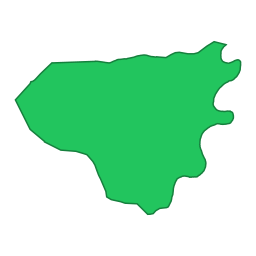 the district of Agard Lands, Castries, Saint Lucia
{"feature_id": "8701671B38809130706709", "entity_name": "Agard Lands", "entity_type": "district", "adm_level": 2, "iso_a3": "LCA", "parent_name": "Saint Lucia", "parent_adm1": "Castries", "projection": "robinson", "projection_center": [-60.962, 14.007], "detail": "fine", "context": "isolated", "style": "filled", "palette": "green", "viewbox_px": 256, "rotation_deg": 0, "n_neighbors": 0, "source": "geoboundaries", "source_scale": "gbopen_adm2", "svg_char_len": 5565}
<svg xmlns="http://www.w3.org/2000/svg" viewBox="0 0 256 256"><path d="M215.0,124.7L215.7,124.3L215.9,124.2L216.1,124.1L217.0,123.7L217.7,123.7L218.8,123.8L219.3,123.8L220.0,124.0L220.8,124.2L221.0,124.2L222.2,124.3L222.8,124.3L223.4,124.3L224.3,124.2L224.8,124.2L225.8,124.1L226.5,124.0L227.2,123.8L228.3,123.6L229.0,123.6L229.3,123.4L229.7,123.3L230.3,123.0L230.7,122.7L231.0,122.2L231.4,121.7L231.7,121.2L232.1,120.7L232.7,119.9L232.7,119.5L233.0,119.0L233.2,118.7L233.4,117.9L233.4,117.1L233.4,116.1L233.4,115.7L233.2,115.0L233.1,114.2L232.9,113.6L232.6,112.8L232.2,112.3L231.0,111.7L230.2,111.5L230.1,111.1L229.0,111.2L227.8,111.1L227.1,111.1L226.3,111.3L225.6,111.4L224.6,111.5L223.9,111.5L223.7,111.5L223.4,111.4L222.6,111.3L221.9,111.3L221.3,111.4L220.6,111.2L220.3,111.2L219.6,111.0L218.9,110.8L218.4,110.7L218.0,110.5L217.5,110.3L216.8,109.9L216.3,109.5L216.0,109.2L215.7,108.8L215.4,108.4L215.0,107.9L214.7,107.6L214.3,106.9L213.8,106.5L213.6,105.9L213.4,105.3L213.1,104.2L213.2,102.8L213.3,102.5L213.6,101.6L213.6,100.7L213.7,99.6L213.7,99.0L213.7,98.3L213.9,98.1L214.2,97.3L214.5,96.5L214.8,96.0L215.2,94.7L215.6,94.0L216.0,93.3L216.3,92.9L216.8,92.1L217.2,91.3L217.5,90.9L217.8,90.6L218.3,89.7L218.6,89.3L219.0,88.9L219.5,88.2L220.0,87.6L220.3,87.4L220.9,86.9L221.5,86.4L222.4,85.4L223.0,84.9L223.9,84.1L224.4,83.7L225.0,83.3L225.9,82.8L226.4,82.5L226.8,82.3L227.7,82.0L228.7,81.2L228.9,81.0L229.9,80.7L230.8,80.7L231.3,80.6L232.0,80.3L232.7,79.9L233.5,79.5L234.0,79.0L234.5,78.6L235.1,77.8L235.8,77.3L236.2,77.0L236.8,76.4L237.4,75.4L238.0,74.5L238.3,73.9L238.7,73.3L239.0,72.8L239.2,72.4L239.4,71.7L239.7,71.0L240.1,70.0L240.2,69.2L240.2,68.8L240.3,67.5L240.4,66.4L240.6,65.2L240.6,64.6L240.6,63.7L240.5,63.3L240.6,62.9L240.6,62.4L240.5,61.7L240.4,61.5L240.2,61.2L239.8,60.8L239.4,60.4L238.7,60.0L238.0,59.8L237.3,59.9L237.1,59.9L236.5,60.1L236.3,60.1L235.8,60.3L235.2,60.5L234.6,60.7L234.1,61.0L233.7,61.3L233.3,61.5L232.9,61.7L232.7,61.8L232.4,61.9L231.9,62.1L231.5,62.3L231.2,62.4L230.7,62.6L230.1,62.7L229.7,62.9L229.4,63.1L229.0,63.2L228.8,63.2L228.3,63.2L228.1,63.2L227.7,63.1L226.8,62.9L226.4,62.9L226.2,62.8L225.8,62.7L225.3,62.6L224.4,62.3L224.0,62.0L223.7,61.9L223.3,61.8L223.0,61.5L222.8,61.4L222.4,61.1L222.0,60.4L221.4,59.4L221.0,58.3L220.9,57.3L220.9,56.2L220.8,55.6L220.8,54.8L220.9,53.9L221.0,53.3L221.0,53.0L220.9,52.6L221.0,52.0L221.0,51.4L221.1,51.1L221.2,50.6L221.7,49.8L222.1,49.0L222.8,48.1L223.3,47.4L223.8,46.6L224.4,46.2L224.7,45.9L225.1,45.6L225.6,45.3L226.1,44.7L214.1,41.7L206.8,46.2L198.2,52.7L193.9,53.8L187.9,53.8L179.3,52.3L175.3,52.7L174.6,53.0L171.3,54.5L166.0,57.6L159.4,57.1L156.4,56.8L156.2,56.9L155.9,57.1L155.0,57.0L153.8,56.8L152.9,56.7L151.8,56.6L151.5,56.6L150.9,56.5L149.4,56.1L149.1,56.0L148.6,55.9L146.8,55.3L145.4,55.1L145.0,55.1L144.5,55.0L143.7,55.0L142.2,55.2L141.5,55.3L140.5,55.4L139.7,55.6L138.3,55.8L137.3,56.0L136.3,56.3L135.5,56.6L134.2,57.1L131.5,57.7L129.1,58.2L127.4,58.5L126.5,58.9L126.1,59.0L125.0,58.8L123.9,58.9L123.1,59.0L121.9,59.2L120.9,59.3L120.1,59.4L119.2,59.4L118.2,59.5L117.7,59.6L117.0,59.8L116.3,60.2L115.7,60.5L113.9,61.1L112.1,61.9L111.8,62.1L111.1,62.4L109.7,62.9L108.9,62.9L108.3,62.9L107.8,62.8L107.1,62.7L105.5,62.5L105.3,62.5L104.8,62.4L103.9,62.2L102.9,62.1L102.5,62.0L101.6,61.9L100.7,61.8L99.7,61.6L98.8,61.5L97.3,61.3L96.3,61.3L95.6,61.2L95.4,61.2L95.3,61.4L53.2,62.9L51.9,62.9L47.3,67.3L40.6,73.7L36.2,78.5L35.7,79.0L34.5,80.2L32.6,81.4L30.9,81.7L30.1,83.7L15.4,99.9L30.1,129.3L31.1,130.2L44.5,141.4L44.5,141.9L60.8,150.1L76.0,151.3L83.0,153.4L86.8,154.6L88.3,156.2L92.9,161.5L95.0,165.2L96.7,170.0L98.5,174.8L99.5,176.9L100.6,179.0L105.9,191.4L106.7,196.9L111.2,199.6L113.8,200.2L120.7,201.7L123.9,202.8L125.2,203.2L137.1,203.8L144.2,210.8L147.7,214.3L150.2,214.2L153.2,213.6L155.8,210.7L159.7,208.4L162.0,208.1L166.7,207.6L168.3,206.8L171.1,201.2L171.5,199.6L171.9,196.9L172.8,194.6L173.2,190.9L173.3,189.7L173.4,188.3L173.7,187.1L173.8,186.5L174.1,185.5L174.3,184.9L174.5,184.5L174.9,183.5L175.0,182.9L175.4,182.1L175.7,181.4L175.9,181.2L176.2,180.4L176.5,180.2L176.6,179.7L176.9,179.3L177.0,179.0L177.4,178.7L177.9,178.4L178.4,178.0L179.2,177.6L179.7,177.4L180.6,177.0L181.2,176.9L182.0,176.4L182.9,176.1L183.8,176.1L184.9,176.0L185.5,176.1L186.2,176.3L187.0,176.3L187.7,176.5L188.5,176.6L189.2,177.0L189.5,177.2L190.3,177.1L191.1,177.2L191.6,177.1L192.3,176.9L193.3,177.0L193.9,177.0L194.5,176.8L195.3,176.9L196.2,176.9L197.3,176.7L198.2,175.9L198.6,175.5L199.2,175.2L199.5,175.1L200.1,174.6L200.4,174.4L201.0,173.6L201.7,173.3L202.2,172.6L202.4,172.4L203.2,171.5L203.7,171.0L203.9,170.7L204.0,170.4L204.2,170.1L204.4,169.5L204.8,168.7L205.1,167.7L205.5,166.9L205.6,165.6L205.8,164.7L205.6,164.3L205.9,163.5L205.8,163.1L205.8,162.0L205.5,161.4L205.3,160.2L205.1,159.6L204.8,159.0L204.3,158.1L204.0,157.6L203.7,156.9L203.6,156.6L203.4,156.2L203.0,155.4L202.7,154.8L202.6,154.5L202.5,154.2L202.2,153.7L202.1,153.0L201.9,152.4L201.6,151.5L201.5,150.9L201.2,150.2L200.8,149.5L200.4,148.2L200.3,147.8L200.1,147.0L199.9,146.6L200.0,145.7L199.9,145.1L199.7,144.7L199.9,143.5L199.9,142.8L199.9,142.4L199.9,142.1L200.0,140.8L200.1,140.3L200.1,139.8L200.3,138.9L200.6,138.1L200.8,137.7L201.0,136.8L201.1,136.4L201.4,135.6L201.8,134.7L201.9,134.3L202.4,133.4L202.8,132.9L203.2,132.3L203.6,131.8L204.2,131.1L204.5,130.6L205.2,130.2L205.9,129.6L206.7,129.0L207.3,128.5L208.0,127.9L208.9,127.4L209.7,126.8L210.2,126.4L210.7,126.2L211.0,126.1L211.3,126.0L211.9,125.8L212.2,125.5L213.0,125.4L213.9,125.1L215.0,124.7Z" fill="#22c55e" stroke="#15803d" stroke-width="1.5"/></svg>